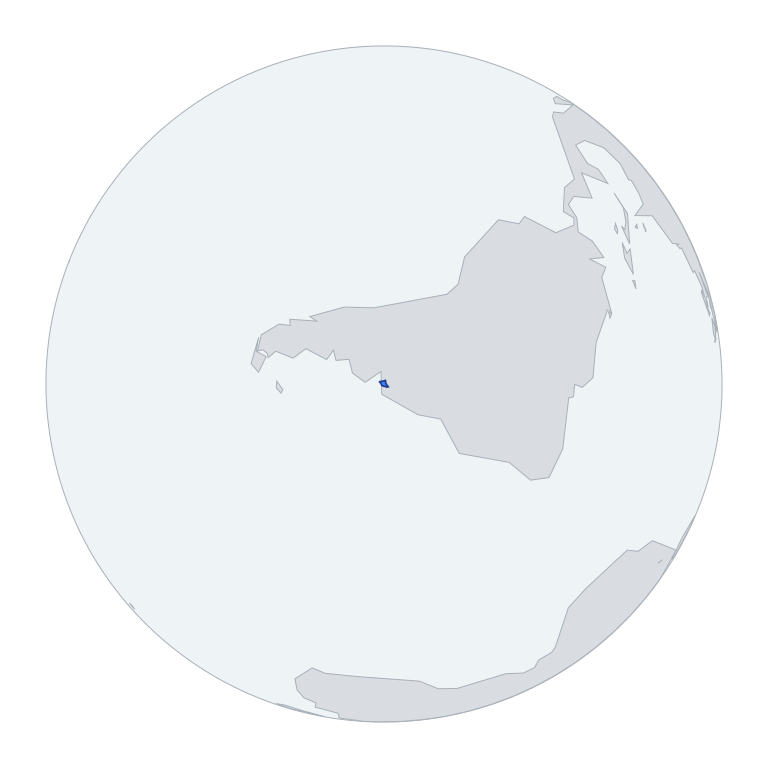 the Earth from above Florida, rotated 81°
{"feature_id": "URY-18", "entity_name": "Florida", "entity_type": "Department", "adm_level": 1, "iso_a3": "URY", "parent_name": "Uruguay", "parent_adm1": "", "projection": "orthographic", "projection_center": [-55.814, -33.776], "detail": "fine", "context": "on_globe", "style": "filled", "palette": "blue", "viewbox_px": 768, "rotation_deg": 81, "n_neighbors": 0, "source": "natural_earth", "source_scale": "10m", "svg_char_len": 4514}
<svg xmlns="http://www.w3.org/2000/svg" viewBox="0 0 768 768"><g transform="rotate(81 384 384)"><circle cx="384" cy="384" r="338" fill="#eef3f6" stroke="#a8b0b8"/><path d="M294.4,58.2L297.6,57.6L304.4,55.7L335.0,49.6L366.1,46.6L384.2,46.5L384.5,46.9L368.1,48.2L344.3,50.0L323.0,55.2L348.6,50.2L348.8,52.7L353.8,52.8L360.6,52.2L365.1,50.9L367.6,51.8L343.4,56.2L340.7,55.4L348.4,53.7L337.2,55.0L320.8,59.5L322.3,61.2L296.0,68.9L296.7,70.5L291.4,73.6L292.1,70.2L290.4,77.0L259.8,92.8L256.9,109.8L247.0,99.9L235.7,102.4L221.5,107.9L220.7,110.5L203.2,116.3L185.0,130.0L174.8,147.8L178.0,157.3L197.9,148.6L205.5,138.7L221.0,131.5L206.4,155.8L233.0,149.4L228.4,167.1L235.6,173.9L249.8,167.6L264.2,168.4L275.5,155.8L293.4,147.1L292.7,161.3L303.4,146.7L312.8,152.2L348.9,148.2L345.9,151.7L376.2,168.0L410.4,176.6L418.4,188.7L414.1,195.8L426.3,198.8L426.5,203.7L476.1,217.6L502.2,235.7L501.9,254.3L481.0,272.6L464.4,320.5L427.5,333.5L419.7,355.2L393.8,387.8L371.2,385.0L379.4,402.4L368.3,413.4L354.1,414.7L353.2,427.7L342.8,428.7L350.9,436.9L336.9,455.6L344.2,469.8L334.7,485.8L339.9,494.3L335.2,494.6L331.1,498.6L331.7,503.8L316.2,497.5L308.4,478.2L311.5,467.5L305.3,466.9L311.4,440.6L305.8,446.6L301.8,411.1L307.2,381.9L305.2,307.7L297.0,295.2L271.1,284.5L239.7,245.3L246.9,225.5L240.6,219.1L261.5,190.5L256.8,171.5L249.6,170.5L241.9,179.9L218.3,175.0L211.3,163.8L146.7,175.8L141.8,173.9L144.6,164.4L137.9,153.7L133.9,171.0L128.5,172.0L126.9,168.3L131.4,163.1L135.1,155.6L133.5,157.2L150.2,140.0L168.0,124.1L187.0,109.5L206.9,96.2L227.7,84.4L249.3,74.1L271.6,65.3L294.4,58.2ZM253.6,116.9L284.1,119.4L265.2,124.7L269.1,122.0L261.7,119.7L247.4,120.0L231.2,127.0L253.6,116.9ZM270.8,102.6L265.3,103.2L270.9,101.8L270.8,102.6ZM343.2,512.1L318.1,500.4L331.7,505.1L338.5,496.1L352.7,506.1L343.2,512.1ZM364.4,489.4L373.9,484.8L376.9,487.2L371.0,491.0L364.4,489.4ZM599.4,123.6L602.3,127.0L594.9,122.2L581.4,112.8L563.0,97.7L572.7,103.6L599.4,123.6ZM716.3,445.2L714.0,456.7L706.9,480.5L702.0,480.9L692.3,502.6L688.3,501.2L681.4,512.2L672.5,517.7L661.3,518.1L653.1,499.3L660.5,487.5L668.5,457.5L683.0,395.6L693.5,378.1L696.1,359.4L689.2,308.9L691.3,291.5L687.5,279.5L680.7,274.3L675.3,260.3L670.4,255.8L633.8,236.9L617.5,216.5L586.1,169.8L589.0,159.2L580.7,143.5L593.7,121.6L606.5,131.2L619.7,141.8L636.1,158.9L651.2,177.1L665.0,196.4L677.5,216.5L688.5,237.5L698.0,259.1L706.0,281.4L712.4,304.2L717.1,327.4L720.3,350.9L721.8,374.5L721.6,398.2L719.8,421.8L716.3,445.2ZM601.0,136.6L603.4,140.4L603.4,140.5L601.0,136.6ZM350.1,148.0L354.3,150.5L348.4,150.9L350.1,148.0ZM261.8,130.3L268.7,129.0L272.0,130.1L266.6,132.0L261.8,130.3ZM321.3,120.1L329.5,120.3L320.6,122.2L321.3,120.1ZM289.1,119.8L314.7,120.5L297.5,126.6L281.5,126.6L293.0,123.5L289.1,119.8ZM265.9,109.4L270.0,109.2L268.3,111.5L265.9,109.4ZM274.8,101.6L273.1,102.2L271.4,101.1L274.8,101.6ZM350.2,52.4L352.3,52.1L358.9,51.7L355.1,52.5L350.2,52.4ZM391.9,49.2L395.1,50.9L390.2,49.8L385.7,50.6L369.8,49.9L383.8,47.2L380.3,48.2L391.9,49.2ZM352.4,49.4L360.9,49.4L351.0,49.5L352.4,49.4ZM567.5,665.6L560.6,669.8L563.7,667.3L567.5,665.6ZM690.4,526.5L682.7,540.5L685.8,531.8L693.3,516.9L703.3,494.6L703.1,495.2L690.4,526.5ZM212.7,675.3L213.6,675.8L214.0,676.0L212.7,675.3Z" fill="#d9dde1" stroke="#a8b0b8" stroke-width="1"/><path d="M386.7,380.7L386.8,380.6L387.1,380.3L387.5,380.1L387.5,380.5L387.6,380.9L387.6,381.0L387.4,381.3L387.3,381.5L387.5,381.8L387.5,382.0L387.4,382.1L387.3,382.3L387.1,382.3L387.0,382.5L386.9,382.8L386.7,382.9L386.5,383.0L386.4,383.0L386.4,383.3L386.5,383.5L386.5,383.8L386.4,384.3L386.3,384.5L386.2,384.7L386.1,384.8L386.0,385.0L385.9,385.1L385.8,385.3L385.8,385.5L385.7,385.5L385.4,385.8L385.3,386.0L385.2,386.2L385.1,386.3L385.0,386.5L384.3,386.6L384.2,386.7L383.9,386.9L383.7,386.9L383.3,386.8L383.2,386.8L382.7,387.1L382.5,387.3L382.4,387.5L382.1,387.6L381.8,387.4L381.7,387.4L381.4,387.4L381.3,387.5L381.2,387.6L381.1,387.9L380.8,387.5L380.8,387.4L381.0,387.3L381.0,387.2L381.0,386.8L381.0,386.7L380.9,386.4L380.9,386.2L381.0,386.0L381.1,385.9L381.0,385.7L380.9,384.9L380.9,384.7L381.0,384.6L381.0,383.9L380.9,383.7L380.5,382.5L380.5,382.4L380.9,382.4L381.0,382.3L381.0,382.2L381.0,381.9L381.3,381.9L381.3,382.0L381.6,382.0L381.8,382.0L381.9,382.3L382.0,382.3L382.2,382.2L382.4,382.3L382.6,382.3L382.8,382.2L383.0,382.0L383.4,381.9L383.5,381.9L383.6,382.0L383.8,382.0L383.9,381.9L384.2,381.8L384.4,381.7L384.5,381.6L384.8,381.6L385.9,381.0L386.0,380.9L386.3,380.7L386.5,380.6L386.7,380.7Z" fill="#3b82f6" stroke="#1e3a8a" stroke-width="1.5"/></g></svg>